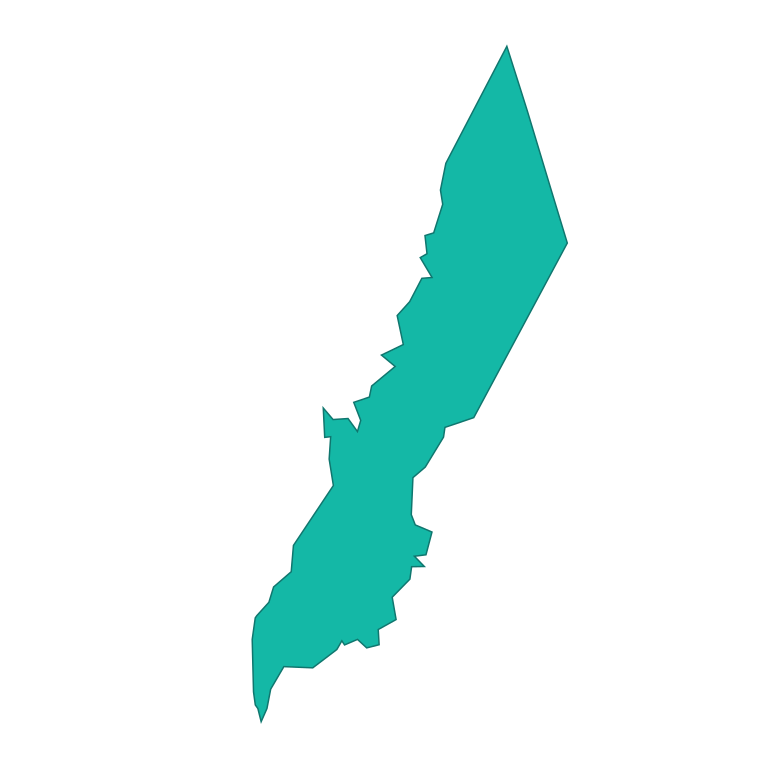 Camden, North Carolina, United States of America, rotated 73°
{"feature_id": "52423323B68904174883849", "entity_name": "Camden", "entity_type": "district", "adm_level": 2, "iso_a3": "USA", "parent_name": "United States of America", "parent_adm1": "North Carolina", "projection": "mercator", "projection_center": [-76.151, 36.357], "detail": "fine", "context": "isolated", "style": "filled", "palette": "teal", "viewbox_px": 768, "rotation_deg": 73, "n_neighbors": 0, "source": "geoboundaries", "source_scale": "gbopen_adm2", "svg_char_len": 1008}
<svg xmlns="http://www.w3.org/2000/svg" viewBox="0 0 768 768"><g transform="rotate(73 384 384)"><path d="M97.0,167.8L142.2,212.3L191.0,260.3L215.0,273.3L229.3,275.3L254.0,292.3L254.0,301.4L272.0,304.8L273.7,312.4L296.2,306.9L294.0,316.9L312.8,335.4L322.4,351.4L351.9,354.0L355.6,378.0L370.5,368.2L382.3,396.4L392.2,401.8L392.7,418.3L412.0,416.9L421.7,423.3L406.5,428.5L403.1,443.1L389.2,449.1L417.7,456.3L418.8,450.4L439.8,458.4L466.3,462.1L511.9,517.8L536.4,527.6L545.8,548.9L559.1,557.9L568.3,573.3L570.0,575.5L589.7,584.7L640.3,598.8L653.3,600.9L657.5,599.5L671.0,600.2L660.1,590.8L642.7,581.6L625.0,562.4L634.6,535.1L624.1,506.7L617.3,499.4L622.0,498.0L620.5,484.0L631.3,477.7L631.9,464.9L617.1,461.3L612.8,441.3L590.3,438.5L578.2,416.3L566.8,411.0L570.3,398.8L557.6,405.3L559.6,393.8L539.6,381.4L527.9,395.3L516.9,396.1L482.0,383.7L475.5,368.8L452.2,342.6L443.3,338.4L442.4,308.0L302.8,167.5L245.6,167.4L165.7,167.1L142.1,167.3L97.0,167.8Z" fill="#14b8a6" stroke="#0f766e" stroke-width="1.5"/></g></svg>